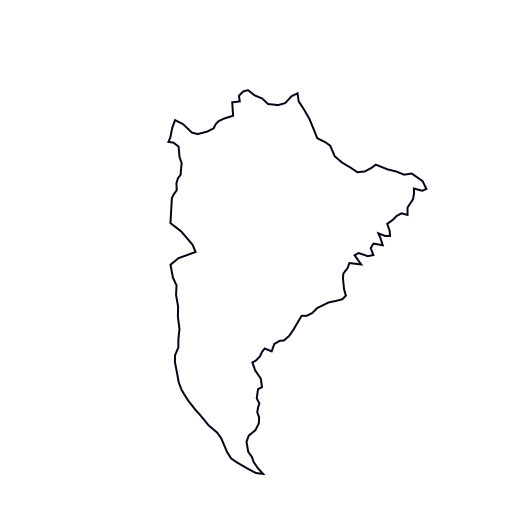 Nova América, Goiás, Brazil, rotated 312°
{"feature_id": "56859067B62572535980819", "entity_name": "Nova América", "entity_type": "district", "adm_level": 2, "iso_a3": "BRA", "parent_name": "Brazil", "parent_adm1": "Goiás", "projection": "equal_earth", "projection_center": [-49.939, -15.045], "detail": "fine", "context": "isolated", "style": "outline", "palette": "ink", "viewbox_px": 512, "rotation_deg": 312, "n_neighbors": 0, "source": "geoboundaries", "source_scale": "gbopen_adm2", "svg_char_len": 2098}
<svg xmlns="http://www.w3.org/2000/svg" viewBox="0 0 512 512"><g transform="rotate(312 256 256)"><path d="M98.8,407.1L99.7,398.7L101.3,392.2L103.9,387.5L105.3,381.2L108.4,377.3L111.7,373.2L117.7,370.8L126.1,372.1L133.3,370.2L138.1,366.4L140.9,361.3L144.9,358.9L148.7,357.1L150.7,351.8L154.7,349.1L158.4,346.6L162.6,348.2L168.1,341.5L170.4,332.0L174.4,324.6L178.4,325.9L184.1,326.1L189.0,324.6L193.1,324.4L195.6,331.4L202.9,328.5L208.7,330.3L212.0,333.3L218.8,334.1L227.0,333.0L235.5,331.2L242.1,329.9L245.4,333.7L251.4,336.0L258.3,336.3L265.4,339.2L270.0,341.0L276.5,345.7L281.6,349.1L286.7,349.3L290.2,343.7L293.7,339.8L297.5,335.7L301.3,332.7L308.5,332.1L313.2,330.1L320.1,339.8L322.5,328.8L326.9,330.3L330.7,339.2L335.2,342.6L338.6,336.0L343.8,335.0L348.8,343.0L352.4,336.8L354.7,331.8L357.3,338.6L360.6,342.2L364.2,338.4L367.7,332.0L374.5,333.5L379.9,333.7L385.1,335.6L387.9,341.1L393.4,336.2L403.2,334.7L408.2,331.6L411.8,328.2L415.8,336.0L419.9,337.7L423.1,329.7L421.5,316.6L415.5,311.6L412.7,303.8L408.4,295.8L404.0,283.9L398.9,282.9L391.6,280.3L386.1,275.3L385.0,267.4L383.0,257.4L382.8,247.8L387.6,237.4L387.0,231.8L384.5,222.7L387.9,215.9L393.6,204.0L396.9,193.9L399.6,184.1L404.7,178.0L398.5,175.5L389.2,175.4L383.0,171.5L377.0,163.3L377.2,155.2L374.5,147.7L373.9,139.1L369.7,136.4L363.7,136.1L360.0,140.5L354.3,135.5L349.3,140.6L344.9,145.1L336.7,140.3L331.0,137.9L326.7,137.9L322.5,139.1L315.8,136.5L307.5,131.0L304.8,125.7L305.2,113.8L302.8,104.9L295.2,108.0L286.6,113.1L282.2,114.6L285.0,118.8L285.5,125.3L278.4,132.9L275.1,138.8L269.8,142.6L266.0,145.6L261.6,146.0L256.9,148.1L251.8,153.1L246.8,153.6L242.6,154.8L238.2,158.4L223.2,170.4L224.2,184.1L221.9,201.4L218.6,208.4L202.4,199.8L192.3,198.3L184.3,208.8L181.0,216.6L173.7,222.5L166.2,232.0L158.6,238.6L155.5,242.2L150.4,248.1L142.5,253.8L136.0,259.5L128.2,262.2L123.0,266.6L114.9,277.3L110.5,282.9L106.8,290.1L104.9,296.1L103.0,303.2L101.1,314.2L100.6,319.8L99.5,327.3L98.4,334.2L98.8,345.3L97.3,352.1L90.9,365.8L88.9,373.1L89.9,380.3L92.6,393.2L94.7,401.2L98.8,407.1Z" fill="none" stroke="#020617" stroke-width="2"/></g></svg>